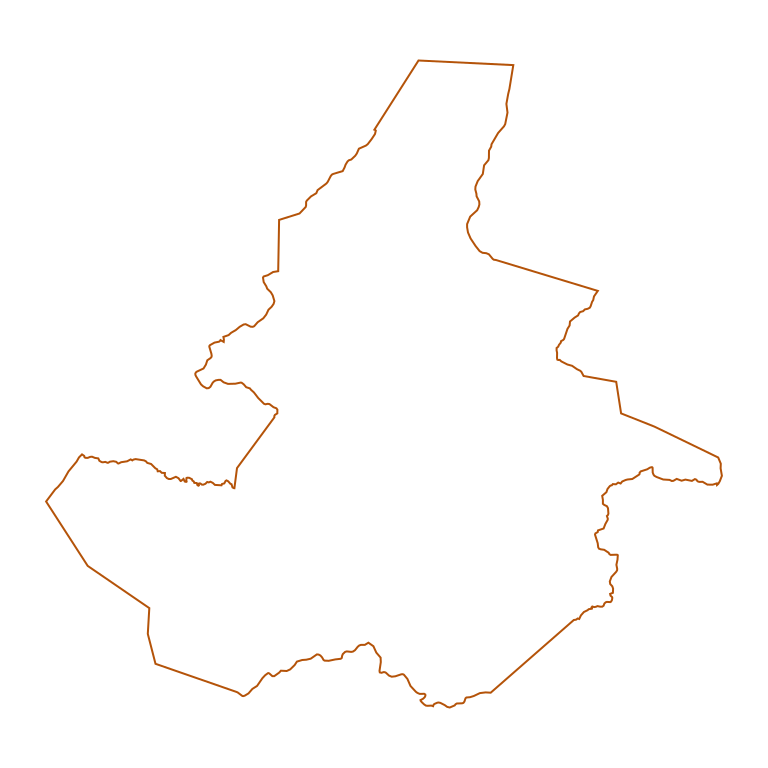 outline of Moroceli, El Paraíso, Honduras
{"feature_id": "27666195B80695499331082", "entity_name": "Moroceli", "entity_type": "district", "adm_level": 2, "iso_a3": "HND", "parent_name": "Honduras", "parent_adm1": "El Paraíso", "projection": "orthographic", "projection_center": [-86.851, 14.169], "detail": "fine", "context": "isolated", "style": "outline", "palette": "amber", "viewbox_px": 768, "rotation_deg": 0, "n_neighbors": 0, "source": "geoboundaries", "source_scale": "gbopen_adm2", "svg_char_len": 6105}
<svg xmlns="http://www.w3.org/2000/svg" viewBox="0 0 768 768"><path d="M433.1,706.2L433.5,704.9L434.3,704.0L437.3,702.7L438.6,702.5L440.4,702.9L444.7,705.1L447.2,706.9L449.8,707.5L454.7,705.4L455.5,704.3L456.8,703.5L462.1,703.3L463.4,702.9L464.4,701.6L465.5,698.3L466.4,697.5L470.0,697.2L473.8,696.0L479.9,693.1L485.6,692.4L490.7,692.7L573.8,620.0L576.0,619.7L577.7,618.5L579.2,619.0L580.9,615.4L583.9,612.0L587.6,610.2L588.7,609.2L591.9,608.7L592.0,608.3L591.5,607.4L592.3,606.5L594.1,607.1L595.9,606.8L597.5,606.1L600.3,606.7L602.2,606.7L603.6,605.7L604.4,603.5L605.7,602.3L606.9,601.9L610.2,602.1L611.1,601.6L612.0,599.9L612.3,597.9L612.1,597.1L610.5,595.6L610.1,593.9L612.9,592.8L613.1,588.7L612.3,586.3L610.2,584.0L609.8,581.4L611.5,576.9L616.2,571.8L617.1,570.3L617.2,568.9L616.4,564.8L617.5,559.6L617.8,555.2L617.3,554.8L616.2,554.7L610.6,554.9L609.4,554.1L608.7,552.8L604.2,549.8L600.7,549.3L599.0,548.7L598.2,547.3L597.7,543.2L595.0,534.6L595.4,533.4L597.7,532.1L598.0,530.4L603.6,528.5L605.4,523.9L607.7,519.8L607.8,518.6L606.9,516.0L608.0,514.9L608.4,513.6L608.0,508.2L606.9,506.2L604.2,504.9L602.9,503.8L602.9,499.9L602.2,495.8L606.4,492.2L607.5,489.0L609.8,486.1L610.8,485.5L611.8,485.3L612.8,484.1L615.9,484.3L618.2,482.6L620.6,483.5L622.2,481.5L625.6,480.0L627.5,479.5L632.3,479.0L639.1,474.6L639.6,473.9L639.6,472.7L640.7,471.4L647.2,469.3L649.8,467.7L651.4,467.2L652.3,467.3L652.6,467.8L652.7,472.5L653.5,474.6L654.4,475.8L656.6,477.0L663.2,479.5L669.6,479.9L671.8,481.0L673.4,480.8L676.7,478.9L681.6,480.7L685.4,479.6L691.9,480.9L694.9,479.1L696.4,479.7L697.3,481.0L698.0,481.5L699.3,481.9L702.6,481.8L707.4,484.6L712.6,484.7L716.7,483.4L717.0,485.0L718.3,483.8L719.8,481.2L721.9,475.8L720.6,468.3L720.8,463.7L718.2,457.5L654.4,426.6L621.1,413.4L616.2,381.8L583.6,376.0L581.4,371.9L580.3,370.8L577.0,369.2L572.1,365.8L567.4,364.5L561.3,361.4L559.7,359.9L558.2,360.0L557.3,359.6L557.0,358.0L557.1,352.8L556.6,350.5L556.6,348.0L558.2,346.7L558.9,345.0L560.8,342.6L561.0,341.2L563.3,339.9L564.1,338.9L567.5,328.8L569.6,325.5L570.0,321.5L574.6,317.6L578.1,315.4L578.9,313.5L580.2,312.0L583.1,311.2L584.9,309.4L587.7,308.8L589.8,307.7L590.6,306.3L592.1,301.8L593.2,300.1L594.0,296.4L597.8,290.9L495.9,260.0L493.8,259.7L492.7,258.9L488.9,254.3L486.3,253.2L482.5,252.8L479.6,251.1L475.5,245.9L470.6,238.5L468.0,232.5L467.1,227.3L467.1,224.1L470.2,216.6L477.2,210.2L478.7,207.0L479.4,204.4L479.2,201.4L476.6,196.3L476.4,193.7L475.3,189.5L475.5,186.6L477.7,181.1L482.8,174.0L484.1,165.3L488.4,160.2L488.9,158.0L489.0,150.6L491.2,146.7L491.5,144.3L498.1,133.0L504.0,126.3L505.2,124.1L507.5,112.6L506.4,103.9L508.2,93.9L509.4,89.0L513.3,65.1L418.5,60.5L374.4,129.7L375.4,130.1L375.8,130.6L375.0,134.0L371.7,139.0L367.7,144.2L365.9,145.6L358.9,148.7L356.8,153.5L355.2,155.8L351.3,159.5L348.8,160.3L347.5,161.5L345.6,164.6L344.6,167.4L342.7,171.1L333.3,173.9L331.9,174.6L330.7,176.1L327.7,181.9L326.4,183.5L317.6,190.1L316.3,193.2L311.0,196.4L306.8,200.6L306.1,201.9L306.1,205.4L305.7,207.0L299.5,213.5L279.1,219.9L278.2,271.2L273.1,272.0L267.8,275.2L263.6,276.5L263.0,277.6L263.7,282.1L266.3,286.3L267.2,288.7L270.8,292.2L272.7,295.4L274.4,301.1L273.6,303.9L271.6,306.8L268.5,309.7L266.2,314.6L263.3,318.3L257.7,322.2L254.2,326.2L252.8,326.8L250.7,326.7L245.7,324.2L243.6,324.5L239.7,326.8L235.9,330.0L231.1,332.8L228.6,335.1L223.4,336.9L223.9,339.5L223.7,341.9L220.5,340.1L220.1,340.9L219.0,341.7L214.5,342.6L209.9,345.2L209.4,345.9L209.3,346.7L211.4,353.8L211.7,355.8L211.5,356.9L210.5,358.1L207.3,360.3L205.9,364.6L203.5,368.5L196.9,371.6L195.9,372.4L195.3,373.6L195.4,374.9L196.1,376.4L201.0,384.4L203.1,386.3L206.7,388.3L208.7,388.1L210.4,386.8L212.7,382.7L214.0,381.4L215.7,380.4L218.3,379.9L220.6,379.9L223.6,382.3L228.0,383.9L235.4,383.7L240.5,382.6L241.6,382.7L243.7,384.3L246.2,387.2L249.9,388.4L250.9,389.7L253.9,392.4L258.2,398.0L264.0,403.8L265.4,404.3L267.8,403.8L269.5,404.1L273.5,407.2L276.4,408.3L277.4,409.7L277.3,413.4L274.9,414.9L274.3,416.1L274.4,417.3L237.0,468.1L234.4,488.2L233.7,488.1L232.5,487.4L231.5,484.2L230.4,483.8L228.2,481.3L226.5,480.4L225.6,480.9L224.3,483.4L222.0,484.0L221.5,485.3L214.9,484.9L212.8,482.9L210.4,481.7L208.8,482.4L207.2,482.0L205.4,483.8L203.2,484.7L201.8,484.6L200.4,483.5L199.2,483.4L198.6,483.8L198.9,485.4L198.4,485.7L197.5,485.2L196.7,483.0L194.3,482.9L193.8,481.5L192.3,480.5L192.0,479.3L189.2,477.8L187.2,477.7L186.5,478.0L186.3,480.0L186.6,481.6L186.1,481.9L184.7,481.5L183.5,478.9L181.1,480.9L180.6,481.0L178.5,478.2L175.9,476.8L170.8,479.0L168.8,479.0L166.9,478.1L164.8,475.7L164.9,473.0L161.7,472.8L160.0,471.1L157.7,471.3L157.2,469.3L155.4,468.3L151.1,464.0L147.3,462.9L145.9,461.3L144.1,460.4L135.6,459.1L133.4,459.6L132.3,460.4L130.7,459.4L127.1,461.3L121.2,462.2L118.6,463.5L117.9,463.4L116.2,461.8L113.3,461.2L109.9,461.7L108.3,462.7L107.5,462.8L105.3,461.9L102.9,462.3L101.6,462.1L99.4,460.8L98.3,458.4L94.9,457.9L92.0,456.7L90.1,456.9L87.7,457.9L85.3,457.8L84.5,457.2L84.2,455.9L82.0,454.4L79.0,457.4L76.6,461.6L68.5,471.4L63.0,481.0L57.9,487.0L55.2,489.4L46.1,501.5L87.7,565.9L149.3,608.1L147.8,633.9L155.5,663.8L236.4,691.9L237.6,692.4L242.4,696.0L243.3,696.1L244.7,695.7L248.5,693.4L252.4,688.9L257.1,685.9L262.4,678.2L265.2,675.2L267.9,673.2L268.6,673.1L269.4,673.5L272.3,676.1L274.3,676.1L279.2,672.6L280.9,670.7L286.7,671.0L290.2,669.4L294.7,665.0L296.9,661.6L302.2,660.0L306.3,659.7L310.7,658.7L316.9,654.4L318.7,654.6L320.4,655.5L322.1,657.4L323.5,659.9L324.5,660.6L328.7,660.8L335.4,659.4L340.7,658.8L341.8,657.9L342.1,655.9L342.8,654.1L345.1,651.9L346.8,651.4L351.2,651.9L352.9,651.6L355.0,650.2L357.7,646.8L359.2,645.5L360.9,644.9L364.8,644.9L368.4,642.7L373.4,646.2L376.3,652.6L380.6,657.6L380.8,662.1L379.5,670.9L379.8,672.4L381.5,672.8L383.6,672.1L384.8,672.2L385.9,672.7L389.0,675.6L391.7,676.7L395.3,676.3L401.3,674.3L402.8,674.2L403.9,674.7L407.4,678.9L410.5,686.0L415.9,691.8L417.4,692.9L419.7,693.9L424.2,693.8L425.3,694.5L425.4,695.7L424.7,697.2L423.0,698.8L420.5,700.1L420.7,700.9L421.8,702.2L424.1,704.4L425.9,705.6L427.7,705.8L431.3,705.6L433.1,706.2Z" fill="none" stroke="#b45309" stroke-width="2"/></svg>